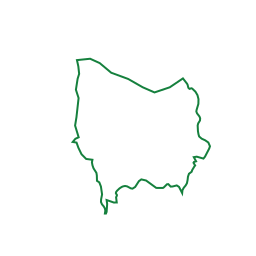 outline of Yomou, rotated 318°
{"feature_id": "GIN-5659", "entity_name": "Yomou", "entity_type": "Prefecture", "adm_level": 1, "iso_a3": "GIN", "parent_name": "Guinea", "parent_adm1": "", "projection": "albers", "projection_center": [-9.126, 7.622], "detail": "fine", "context": "isolated", "style": "outline", "palette": "green", "viewbox_px": 256, "rotation_deg": 318, "n_neighbors": 0, "source": "natural_earth", "source_scale": "10m", "svg_char_len": 1570}
<svg xmlns="http://www.w3.org/2000/svg" viewBox="0 0 256 256"><g transform="rotate(318 128 128)"><path d="M54.4,176.8L54.3,176.7L53.6,176.1L55.8,174.3L57.0,172.3L57.5,170.0L57.6,167.3L58.4,164.9L60.3,163.0L64.3,160.0L68.7,153.4L70.3,149.2L69.6,146.5L73.1,142.4L74.5,140.2L75.4,134.9L76.6,132.0L78.2,129.4L80.3,127.8L76.2,123.0L75.9,116.4L77.9,109.5L80.0,104.4L77.6,101.4L81.7,100.8L85.1,101.9L90.3,90.8L96.9,85.5L111.3,72.7L114.9,64.7L123.5,57.7L127.9,55.1L132.3,49.0L135.5,43.4L146.2,51.2L150.4,60.8L152.5,75.7L160.9,91.6L166.2,107.6L171.5,119.3L186.3,125.7L202.0,127.9L201.5,134.7L201.2,135.8L200.1,137.8L199.7,139.0L200.0,140.2L200.8,140.5L201.6,140.8L202.1,141.7L202.4,146.2L201.6,150.1L199.7,153.7L196.4,157.2L191.0,160.5L189.8,161.5L189.1,163.3L188.8,167.3L188.1,169.1L186.5,170.6L183.3,171.5L181.5,172.7L177.9,177.1L176.2,179.8L175.2,181.9L175.6,185.2L177.1,188.7L178.0,192.5L176.7,196.4L174.6,197.6L166.1,200.8L163.6,201.2L159.9,195.3L157.4,193.7L156.3,198.3L154.3,197.4L153.4,197.7L152.8,200.8L151.9,200.9L147.6,202.2L146.0,203.1L142.7,202.8L140.0,204.3L137.5,206.5L134.8,208.5L132.3,209.3L129.5,209.7L128.4,210.1L126.9,210.6L124.7,212.6L126.5,205.9L125.8,203.3L122.0,201.3L120.5,200.1L120.4,196.7L119.3,195.9L114.9,196.1L113.8,195.9L108.9,191.4L106.3,179.1L103.5,175.1L100.5,174.8L93.9,176.6L90.8,176.1L89.7,174.7L88.3,170.8L87.0,169.1L85.3,168.1L83.9,167.6L81.2,167.2L77.9,167.3L76.1,167.7L75.3,168.4L74.9,170.5L73.9,171.1L72.8,171.5L69.8,175.8L67.6,173.9L63.9,167.2L61.7,170.5L56.0,176.0L54.4,176.8Z" fill="none" stroke="#15803d" stroke-width="2"/></g></svg>